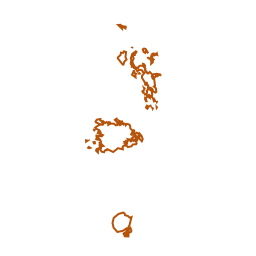 outline of Shortland Islands, Western, Solomon Islands, rotated 330°
{"feature_id": "97153195B13226737525008", "entity_name": "Shortland Islands", "entity_type": "district", "adm_level": 2, "iso_a3": "SLB", "parent_name": "Solomon Islands", "parent_adm1": "Western", "projection": "equal_earth", "projection_center": [155.884, -7.049], "detail": "fine", "context": "isolated", "style": "outline", "palette": "amber", "viewbox_px": 256, "rotation_deg": 330, "n_neighbors": 0, "source": "geoboundaries", "source_scale": "gbopen_adm2", "svg_char_len": 5927}
<svg xmlns="http://www.w3.org/2000/svg" viewBox="0 0 256 256"><g transform="rotate(330 128 128)"><path d="M131.0,126.8L130.5,125.2L128.9,123.8L127.3,124.5L127.5,122.8L126.6,121.9L125.9,122.4L125.6,120.6L125.0,121.5L122.4,121.5L122.2,120.4L118.9,119.7L117.9,117.2L115.3,115.7L115.1,113.9L114.4,113.4L113.8,113.8L114.1,115.5L112.5,115.4L113.1,114.5L112.6,112.2L110.8,112.3L109.5,108.7L109.1,111.6L108.6,112.2L108.3,112.3L108.5,108.6L107.8,107.6L108.6,106.4L105.1,105.2L103.1,106.2L103.1,107.1L105.7,110.8L106.3,111.2L106.6,111.8L104.7,110.9L99.9,111.2L100.2,113.0L101.8,115.1L101.2,116.0L102.1,116.3L102.1,118.2L101.2,119.4L102.7,121.6L101.0,122.1L96.9,118.8L96.3,119.8L97.9,123.3L97.9,125.2L97.7,126.4L96.6,126.6L97.1,127.1L96.8,128.2L97.7,131.2L96.1,130.5L95.0,131.5L94.2,131.0L93.9,133.2L93.7,132.0L93.1,133.6L93.5,135.5L95.1,137.0L96.6,136.0L99.5,136.0L103.2,141.4L109.2,140.5L112.9,143.9L114.0,141.5L118.7,140.9L117.9,139.7L118.5,139.8L118.0,138.2L118.9,138.3L119.0,140.1L119.5,139.0L119.9,140.1L120.6,138.6L122.4,137.9L123.5,138.5L124.0,139.8L126.8,140.4L125.9,139.0L125.9,138.8L129.2,138.1L130.7,135.9L130.3,134.6L128.0,135.9L127.5,135.2L130.7,132.9L129.8,129.8L131.0,126.8ZM182.7,97.8L180.1,95.5L175.8,93.8L174.8,90.3L172.7,90.9L172.1,90.3L172.2,88.4L171.5,86.3L172.7,85.5L171.9,81.3L169.6,80.1L167.9,80.1L166.7,81.2L164.4,78.7L164.5,74.3L165.4,72.1L167.7,70.6L168.1,68.5L169.4,67.6L170.4,68.2L171.5,66.6L172.7,66.9L173.4,66.3L173.1,65.5L168.8,65.9L165.1,69.3L165.1,70.4L162.4,73.9L162.7,75.6L161.9,76.9L163.7,77.6L163.1,78.7L164.4,81.5L164.4,83.7L166.5,83.2L168.1,84.0L169.0,85.2L168.9,87.0L170.1,88.4L166.3,89.8L165.2,91.5L165.4,97.3L166.9,98.2L166.2,99.9L166.8,101.2L164.0,105.0L162.7,105.2L162.5,106.6L160.6,108.3L160.7,110.3L161.8,112.6L162.6,109.0L163.5,112.7L164.5,113.0L164.8,111.6L165.4,111.6L167.0,108.1L166.0,105.2L167.1,105.4L167.2,104.2L168.4,105.5L168.5,107.6L167.8,108.5L169.5,111.1L170.6,110.8L172.0,107.7L171.2,105.0L172.5,105.0L175.0,99.0L174.1,97.6L174.5,95.0L175.5,94.4L175.6,97.7L177.3,97.5L178.1,96.6L179.4,97.9L181.0,97.3L182.4,98.4L182.7,97.8ZM86.5,206.9L84.7,206.6L83.9,204.1L81.8,202.0L82.4,200.3L81.5,198.8L76.9,197.7L70.7,198.7L67.1,202.5L65.7,207.0L66.8,212.7L72.2,214.5L76.6,214.2L77.2,215.2L80.8,212.8L86.5,206.9ZM164.3,61.2L162.9,59.6L161.4,60.5L159.6,59.2L158.1,61.0L154.5,61.8L154.0,62.7L155.1,70.3L155.7,70.8L158.1,68.6L160.9,68.1L161.3,65.3L164.3,61.2ZM128.2,144.0L127.7,142.3L126.7,142.2L126.0,141.0L124.1,141.0L122.5,138.1L118.0,141.6L118.3,144.4L121.8,145.6L124.0,144.7L126.9,146.1L127.8,145.6L128.2,144.0ZM80.1,215.8L77.1,216.9L73.6,220.2L73.0,220.0L73.6,218.1L72.1,219.5L71.8,217.3L71.4,217.3L71.1,220.2L74.1,222.1L76.2,218.9L78.4,219.5L79.5,218.8L80.1,215.8ZM133.6,141.0L134.1,137.4L132.9,136.2L130.9,137.3L128.5,142.6L129.2,143.4L130.0,143.1L131.2,141.4L131.0,139.9L131.4,139.7L131.7,140.7L132.3,140.5L132.2,141.5L133.6,141.0ZM135.8,141.6L135.3,139.0L132.5,142.8L133.3,146.4L135.2,145.0L135.8,141.6ZM182.9,73.3L182.8,68.4L181.6,67.2L180.1,67.3L179.6,69.9L180.4,71.5L181.9,70.3L182.9,73.3ZM162.0,85.2L161.2,84.1L161.8,81.8L161.4,81.5L158.1,83.9L159.9,87.9L161.2,85.2L162.0,85.2ZM177.3,39.6L174.0,37.0L172.9,34.8L171.0,33.9L172.4,38.7L173.1,36.9L173.4,38.3L174.2,38.1L175.5,40.4L176.1,39.4L177.3,39.6ZM184.7,78.3L184.1,77.3L181.6,80.1L181.7,81.8L180.2,83.9L182.3,83.5L183.3,81.8L184.5,81.5L183.7,79.8L184.7,78.3ZM93.1,131.1L90.2,130.6L89.0,131.7L89.7,134.1L90.9,132.1L93.1,131.1ZM156.7,119.8L155.5,118.1L153.8,119.3L154.4,121.0L156.7,119.8ZM165.0,118.3L165.2,115.5L164.4,115.1L163.8,118.0L165.0,118.3ZM123.3,119.4L123.0,118.3L121.6,117.0L120.9,119.4L122.8,120.1L123.3,119.4ZM174.0,82.4L173.6,80.3L173.2,80.0L172.8,82.9L173.3,83.4L174.0,82.4ZM124.8,119.1L124.4,117.9L123.9,117.2L123.4,118.3L123.8,119.7L124.8,119.1ZM95.4,130.9L94.5,129.9L93.2,130.8L93.7,131.2L94.2,130.9L95.0,131.4L95.4,130.9ZM92.2,123.4L91.0,123.0L90.8,124.3L91.7,124.7L92.2,123.4ZM85.4,126.3L84.5,124.8L83.6,125.2L84.3,126.1L85.4,126.3ZM86.6,118.7L85.5,117.7L84.9,118.9L86.6,118.7ZM132.1,133.4L131.8,132.0L131.1,134.9L132.1,133.4ZM188.6,77.3L187.8,76.7L187.6,78.3L188.2,78.5L188.6,77.3ZM160.0,105.6L159.1,104.6L159.5,103.3L158.8,103.4L158.7,105.1L160.0,105.6ZM158.5,110.8L158.0,110.3L157.3,111.5L158.0,111.9L158.5,110.8ZM95.7,123.2L95.7,121.5L94.9,121.7L95.7,123.2ZM189.9,79.1L190.3,77.8L189.3,78.1L189.9,79.1ZM165.5,99.8L165.3,98.3L164.7,98.5L164.7,99.4L165.5,99.8ZM157.8,112.8L157.1,113.0L157.0,113.9L157.5,114.1L157.8,112.8ZM165.4,86.7L165.2,85.3L164.8,86.5L165.4,86.7ZM122.0,114.5L120.7,114.5L121.0,115.7L122.0,114.5ZM97.0,123.8L97.1,122.9L96.5,123.3L97.0,123.8ZM126.2,119.4L125.7,119.2L125.5,119.8L126.0,120.1L126.2,119.4ZM98.2,112.9L97.8,112.4L97.5,112.6L97.7,113.2L98.2,112.9ZM125.3,120.1L124.7,120.1L124.7,120.8L124.9,121.0L125.3,120.1ZM73.4,217.1L72.0,217.1L71.9,217.4L72.5,217.5L73.4,217.1ZM159.3,108.4L159.6,107.4L159.4,107.4L159.3,108.4ZM76.6,215.9L76.5,215.1L76.1,215.4L76.6,215.9ZM74.7,217.4L75.1,216.7L74.4,217.0L74.7,217.4ZM88.2,119.3L88.0,118.7L88.2,119.6L88.2,119.3ZM186.2,76.8L186.4,76.1L185.9,76.1L186.2,76.8ZM181.0,78.3L180.9,77.5L180.5,77.3L180.5,77.9L181.0,78.3ZM162.2,102.1L161.9,101.3L161.7,102.4L162.2,102.1ZM163.4,124.6L163.3,124.1L163.0,124.8L163.4,124.6ZM95.3,128.5L95.3,127.9L95.0,128.3L95.3,128.5ZM117.2,142.1L117.2,141.5L117.0,142.0L117.2,142.1ZM100.9,119.4L100.9,118.7L100.6,119.0L100.9,119.4ZM159.3,123.4L159.1,123.0L159.0,123.6L159.3,123.4ZM99.5,117.5L99.7,117.0L99.3,117.3L99.5,117.5ZM158.9,119.2L158.6,119.6L158.7,120.0L158.8,119.8L158.9,119.2ZM124.6,140.6L124.0,140.3L124.1,140.7L124.6,140.6ZM159.4,110.8L159.0,110.7L159.0,111.0L159.4,110.8ZM166.3,119.7L166.4,119.0L166.1,119.8L166.3,119.7ZM122.8,114.7L122.8,114.2L122.5,114.2L122.8,114.7ZM123.2,139.1L123.3,138.7L123.0,138.4L123.2,139.1ZM97.9,137.2L98.1,137.0L98.1,136.6L97.9,137.2ZM157.8,120.0L157.6,119.8L157.8,120.0ZM172.2,60.4L172.4,60.2L172.1,60.3L172.2,60.4Z" fill="none" stroke="#b45309" stroke-width="2"/></g></svg>